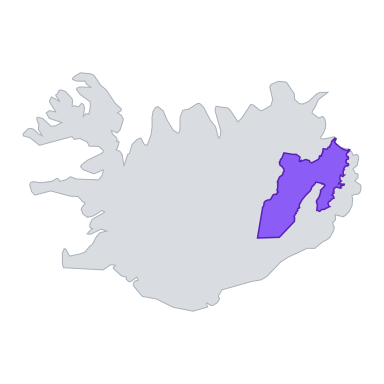 location of Fljótsdalshérað, Austurland, Iceland
{"feature_id": "244011B83679589752148", "entity_name": "Fljótsdalshérað", "entity_type": "district", "adm_level": 2, "iso_a3": "ISL", "parent_name": "Iceland", "parent_adm1": "Austurland", "projection": "albers", "projection_center": [-14.894, 65.096], "detail": "fine", "context": "in_parent", "style": "filled", "palette": "violet", "viewbox_px": 384, "rotation_deg": 0, "n_neighbors": 0, "source": "geoboundaries", "source_scale": "gbopen_adm2", "svg_char_len": 9151}
<svg xmlns="http://www.w3.org/2000/svg" viewBox="0 0 384 384"><path d="M299.4,103.7L302.8,104.0L308.5,101.5L316.7,94.0L320.1,92.4L327.9,92.3L318.4,99.6L314.8,107.6L312.2,111.5L312.2,113.2L318.9,118.1L322.2,116.5L323.6,117.1L324.9,119.4L325.8,123.9L325.2,128.6L323.3,133.3L320.6,137.3L321.0,138.5L323.1,139.2L334.3,136.7L335.6,142.5L336.7,144.4L336.4,146.4L331.9,152.6L337.2,148.7L341.4,147.5L348.5,149.4L351.5,151.6L353.3,155.5L356.8,154.2L358.5,156.5L358.6,158.9L357.1,165.5L352.9,168.9L355.6,173.6L357.7,173.7L358.1,174.8L358.0,177.6L354.7,181.0L360.2,184.6L361.0,185.9L360.7,190.2L359.8,192.6L358.2,194.1L354.2,194.4L351.8,196.0L352.7,198.6L352.0,205.8L349.0,211.7L346.1,214.9L343.2,216.9L335.2,214.7L335.5,219.8L332.7,222.9L333.2,225.5L334.3,226.9L333.8,230.2L330.1,237.1L327.5,239.4L322.3,242.1L314.8,248.4L307.2,248.3L288.3,257.1L280.8,261.9L267.1,276.2L261.4,279.8L251.7,281.4L222.1,289.8L218.6,295.3L218.4,296.6L219.6,298.9L217.1,302.8L212.6,305.5L210.5,305.4L206.9,302.8L206.4,303.9L207.7,307.0L193.0,311.2L173.3,307.3L156.2,298.9L142.3,296.4L133.4,285.7L133.3,284.1L134.6,281.2L138.2,280.3L136.8,277.2L130.4,281.8L128.5,281.5L126.2,279.2L126.3,277.1L121.5,275.9L113.6,268.8L113.2,267.3L115.4,265.5L115.0,265.0L110.4,264.9L103.2,269.9L63.5,267.7L62.5,264.5L62.3,253.1L64.2,248.6L65.8,249.2L69.6,256.1L80.5,253.8L85.1,251.9L89.7,246.3L92.2,244.5L96.2,237.1L99.9,232.7L106.8,231.1L101.0,229.1L90.5,234.3L87.2,233.9L89.1,231.4L92.8,228.7L90.5,228.2L89.8,226.7L90.0,223.8L92.2,219.3L104.6,212.3L102.1,210.4L93.4,215.9L87.4,217.4L83.0,214.0L81.2,209.8L81.5,208.2L84.9,203.5L84.6,202.5L82.7,201.8L78.2,196.6L70.1,196.1L50.7,190.9L34.9,195.1L31.7,191.7L29.7,185.0L30.6,182.6L33.4,181.6L40.7,182.8L51.8,181.3L57.1,178.3L58.9,179.5L59.6,181.4L66.5,179.5L70.4,176.7L76.1,179.0L98.5,179.9L101.8,175.9L103.5,171.0L103.1,169.9L94.5,173.6L92.7,173.4L83.5,169.8L80.5,166.6L81.9,164.5L87.4,160.3L100.9,153.7L102.9,152.3L103.3,150.4L98.7,146.4L89.1,146.2L87.2,141.9L79.7,138.5L74.3,139.4L71.9,136.6L39.4,145.3L30.3,137.9L23.4,135.9L23.0,133.9L28.0,128.9L31.0,128.3L33.7,129.3L38.6,134.0L42.2,135.8L38.3,129.3L38.9,123.8L37.6,122.1L36.7,118.3L37.5,117.1L43.0,118.7L51.0,126.3L55.6,125.8L61.8,122.5L49.3,118.4L46.2,112.9L49.3,110.6L55.8,111.9L49.7,102.2L49.6,100.6L51.4,96.9L60.0,101.6L55.9,95.8L55.9,94.6L57.5,93.9L58.6,90.8L61.1,89.9L65.5,91.5L71.8,98.4L72.6,100.3L72.1,106.3L75.1,105.8L78.3,107.0L81.6,103.3L83.4,104.5L84.5,108.3L83.3,116.4L85.6,113.8L88.9,114.0L90.3,107.4L90.3,102.0L80.2,94.5L76.5,89.5L77.2,88.0L79.4,87.0L90.8,87.3L86.3,84.0L85.5,81.2L76.8,81.1L72.6,79.5L72.7,78.1L74.7,76.3L80.4,72.8L90.2,73.7L94.0,75.3L100.6,85.3L106.2,89.8L115.2,103.3L121.2,108.8L121.4,110.0L120.2,111.3L117.5,112.8L121.2,115.3L123.2,118.8L123.2,120.2L120.0,130.0L117.2,133.0L111.2,130.4L112.4,133.8L116.4,137.7L117.2,139.7L116.4,141.4L118.5,141.1L119.1,142.2L117.5,147.8L116.2,149.7L119.8,151.3L122.1,154.4L124.0,166.1L126.6,157.5L127.8,154.4L129.4,153.3L132.1,144.5L136.8,139.6L140.8,137.9L144.3,144.5L147.1,145.4L151.1,134.7L152.1,126.6L152.0,117.6L153.1,111.2L155.4,107.6L158.0,106.6L163.2,110.9L167.1,120.1L173.3,130.3L177.9,133.1L178.8,132.9L179.9,129.8L180.1,117.0L182.8,110.4L188.6,109.1L197.6,103.5L199.6,103.4L203.6,107.3L210.5,120.5L215.6,126.8L217.9,136.4L219.1,138.2L220.4,135.3L220.8,131.1L215.2,111.1L215.3,108.5L216.0,106.3L227.8,108.0L230.3,110.3L238.0,121.9L242.2,117.5L250.7,104.5L253.4,105.0L260.1,110.6L262.8,110.2L270.9,105.6L272.7,99.5L269.7,86.8L271.2,84.3L278.5,81.3L286.4,82.1L294.3,93.9L294.6,99.4L299.4,103.7Z" fill="#d9dde1" stroke="#a8b0b8" stroke-width="1"/><path d="M280.8,159.3L280.7,159.5L280.3,160.0L280.2,160.8L280.1,161.2L280.2,161.6L280.2,161.8L279.6,161.8L279.4,162.3L279.4,162.8L279.6,163.9L280.1,164.8L280.1,165.3L280.4,165.6L281.2,165.9L282.0,166.5L282.9,167.9L283.6,168.7L283.7,169.1L283.7,169.6L284.1,170.2L284.2,170.4L284.2,170.7L284.1,171.0L284.0,171.4L283.9,171.7L283.3,172.0L283.2,172.2L283.1,172.7L283.1,172.9L282.9,173.3L282.9,173.9L282.7,174.7L282.5,174.9L281.4,175.4L280.8,176.3L280.2,176.4L280.0,176.7L279.5,177.0L279.1,178.0L278.8,178.8L278.4,179.5L278.2,180.0L277.9,180.5L277.8,181.8L277.4,182.0L277.5,182.3L277.4,182.5L278.0,183.6L278.1,184.1L277.7,184.8L277.7,185.0L277.6,185.4L277.7,186.0L277.8,186.7L277.7,186.9L277.8,187.5L277.6,188.1L277.5,188.3L277.4,188.8L277.0,189.9L277.0,190.3L277.1,190.6L277.4,190.9L278.0,191.0L277.9,191.6L277.6,191.9L277.9,192.2L277.5,192.3L277.2,193.1L276.9,193.4L276.8,193.6L276.6,193.9L276.4,194.4L275.9,194.2L274.8,194.3L273.8,194.5L273.1,194.9L272.3,196.1L272.3,196.4L272.1,196.8L271.7,197.4L271.4,198.2L270.9,198.5L270.8,198.9L270.2,199.6L270.0,199.8L267.9,200.0L267.1,200.4L266.4,200.5L265.6,200.9L264.6,201.8L264.0,203.0L264.1,203.5L264.0,204.2L263.8,205.1L263.7,205.7L263.4,206.5L262.8,207.0L262.5,207.6L262.4,208.0L262.5,208.4L257.5,238.0L279.3,237.3L294.4,221.4L294.5,219.4L294.7,218.7L294.5,217.6L294.0,216.2L294.6,215.8L294.9,214.9L295.5,214.0L296.1,213.4L295.7,213.2L295.9,212.6L295.9,212.4L296.2,212.0L296.8,211.7L297.3,211.1L297.7,210.8L297.8,210.5L297.8,210.3L297.5,209.9L297.4,209.4L297.8,208.6L298.8,208.3L299.3,208.0L299.6,207.6L298.9,207.1L299.0,206.8L299.3,206.2L299.3,205.6L299.3,205.0L299.4,204.6L302.1,199.7L305.7,195.3L310.3,190.8L311.1,189.3L311.3,188.8L311.5,188.1L311.7,187.2L315.1,183.6L315.7,182.1L321.4,183.1L321.4,183.3L321.3,183.5L322.2,184.1L323.1,183.6L323.7,184.0L324.1,184.3L324.0,184.5L324.5,184.8L325.1,185.3L323.1,187.8L321.7,189.1L320.5,190.4L320.8,190.8L320.7,191.1L320.8,191.3L320.5,192.0L320.4,192.3L320.5,192.6L320.5,192.8L320.3,193.7L320.3,194.0L320.0,194.2L320.1,194.4L320.0,194.7L319.9,194.7L319.9,195.0L319.7,195.2L319.6,195.5L319.5,195.8L319.2,196.6L318.8,197.3L318.8,197.5L318.5,197.9L318.4,198.1L318.2,198.2L318.0,198.8L317.8,198.9L317.6,199.4L317.4,199.5L317.0,199.9L316.9,200.3L316.7,200.6L316.5,201.0L316.5,201.3L316.4,201.6L316.5,201.7L316.4,202.1L316.6,202.4L316.6,202.5L316.7,202.8L316.8,203.1L316.9,203.5L317.2,204.1L317.3,204.4L317.3,206.0L316.9,209.1L317.0,209.7L316.9,210.2L317.1,210.1L318.2,210.7L318.4,210.7L319.3,211.4L320.0,211.2L321.6,209.5L324.4,209.4L326.3,208.2L329.7,206.6L329.0,206.3L328.8,206.0L328.4,204.9L328.5,204.3L328.1,203.8L328.0,203.6L328.1,203.0L328.6,201.6L329.6,201.4L330.1,200.9L330.6,200.6L331.0,200.0L331.4,199.5L333.1,198.4L333.6,198.4L334.0,198.2L333.9,197.8L333.9,197.5L333.4,196.1L333.0,195.7L332.0,195.1L332.4,194.7L332.7,194.0L333.9,193.1L333.4,192.9L333.2,192.3L334.0,191.2L333.9,190.9L333.6,190.8L333.7,190.4L333.7,190.1L333.8,189.7L333.7,189.3L334.0,188.6L336.6,186.9L340.1,188.2L341.2,187.8L340.7,187.2L340.7,185.7L341.3,185.9L342.4,185.6L344.3,184.9L344.0,184.0L342.6,184.3L340.8,183.9L340.3,183.9L339.0,183.4L338.9,183.6L338.7,183.7L339.0,182.8L339.9,182.4L340.4,182.0L341.3,181.0L340.9,180.8L339.9,179.4L339.9,178.2L340.0,176.2L340.8,174.9L340.9,175.1L341.0,175.5L342.0,176.1L342.8,176.6L343.2,176.1L344.3,175.2L343.9,175.2L343.3,174.7L343.3,173.9L343.1,172.5L343.2,170.6L343.9,169.9L344.3,169.7L343.7,169.1L343.6,168.9L343.9,168.4L344.2,167.8L344.9,167.0L345.4,166.2L345.6,166.1L345.7,165.9L346.3,165.8L346.5,166.0L347.2,165.8L347.6,165.9L347.7,165.6L348.2,165.5L348.3,165.1L348.6,164.8L348.4,164.4L348.5,164.1L348.4,163.9L348.2,163.7L348.0,163.8L347.7,163.8L347.4,163.6L347.3,163.4L346.8,163.4L346.5,163.1L346.0,162.1L345.8,161.4L346.0,161.1L346.4,160.9L346.3,160.0L346.5,159.6L346.7,159.4L346.8,159.3L347.5,159.3L348.2,159.1L348.3,159.0L348.4,158.7L348.2,158.1L348.5,157.8L348.5,157.6L348.3,157.3L348.2,156.8L348.0,156.6L347.3,156.7L346.8,156.3L346.7,156.1L346.6,155.4L346.3,154.6L346.5,154.1L346.6,153.7L347.2,152.8L347.3,152.5L347.7,152.2L348.2,152.2L348.3,152.0L348.2,151.4L348.9,150.9L349.2,151.1L349.3,150.9L349.5,150.8L349.4,150.2L349.6,149.6L349.1,149.6L348.6,149.4L348.4,149.5L348.2,149.9L347.8,150.2L347.8,150.3L347.7,150.5L347.4,150.5L347.2,150.6L345.1,150.0L343.5,149.4L341.7,148.4L338.4,145.9L337.5,145.1L337.5,144.9L336.8,144.6L335.6,143.5L334.8,142.5L334.6,141.9L334.5,141.5L334.6,141.3L334.5,141.1L334.7,140.9L334.7,140.7L334.8,140.7L335.0,140.5L335.0,140.4L335.3,140.2L335.2,140.1L335.3,140.0L335.2,140.0L335.5,139.5L335.6,139.4L335.7,139.5L335.6,139.3L335.8,139.1L335.6,139.0L335.6,138.8L335.8,138.4L335.3,138.1L333.3,139.5L332.3,141.0L331.9,141.1L331.6,141.3L331.4,142.9L331.3,143.4L331.2,143.8L330.5,145.2L330.1,145.3L329.9,145.6L330.0,146.1L330.0,146.3L329.6,147.3L328.9,147.1L328.4,147.2L328.0,147.8L327.4,148.4L327.2,149.1L326.5,149.3L325.3,149.0L323.8,148.9L323.4,148.7L323.2,148.7L323.1,149.0L323.0,149.5L322.9,149.9L322.9,150.6L323.0,151.3L322.6,151.8L322.6,152.4L322.3,152.8L322.3,153.2L322.3,153.4L321.7,154.3L321.5,155.8L321.0,155.5L320.7,155.6L320.3,155.8L320.4,156.0L320.0,155.9L319.9,156.2L319.8,156.3L319.6,156.1L319.3,156.6L319.4,156.9L319.3,157.4L319.4,157.8L319.1,158.0L318.5,159.3L311.9,162.8L311.4,162.7L310.2,162.2L309.9,162.0L309.7,161.5L309.3,160.6L305.7,159.5L300.6,161.5L300.4,161.0L300.5,160.8L300.3,160.9L300.3,161.1L300.2,161.3L299.5,161.3L299.4,161.3L299.4,160.2L300.0,157.1L296.1,154.3L294.9,154.3L294.7,154.5L294.3,154.6L283.9,152.9L282.0,157.9L280.9,159.4L280.8,159.3Z" fill="#8b5cf6" stroke="#5b21b6" stroke-width="1.5"/></svg>